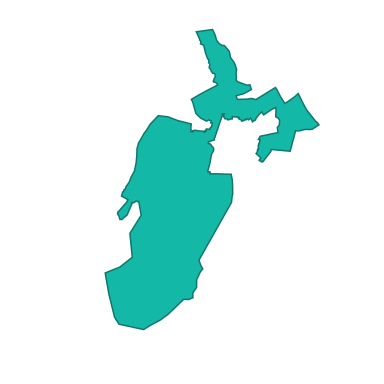 outline of Jere, Borno, Nigeria, rotated 210°
{"feature_id": "59680162B64727590098747", "entity_name": "Jere", "entity_type": "district", "adm_level": 2, "iso_a3": "NGA", "parent_name": "Nigeria", "parent_adm1": "Borno", "projection": "robinson", "projection_center": [13.17, 11.942], "detail": "fine", "context": "isolated", "style": "filled", "palette": "teal", "viewbox_px": 384, "rotation_deg": 210, "n_neighbors": 0, "source": "geoboundaries", "source_scale": "gbopen_adm2", "svg_char_len": 5968}
<svg xmlns="http://www.w3.org/2000/svg" viewBox="0 0 384 384"><g transform="rotate(210 192 192)"><path d="M155.7,257.3L155.1,257.2L154.9,257.1L153.4,256.9L152.2,256.6L150.7,256.3L149.7,255.9L149.3,255.7L149.7,254.2L149.7,253.0L148.1,252.9L146.6,252.9L146.3,254.0L145.7,253.8L145.6,254.4L145.5,255.3L145.4,256.2L145.3,257.0L145.2,257.4L145.1,258.5L145.0,259.4L144.9,259.9L144.8,260.7L144.7,261.4L144.6,262.5L144.4,263.4L144.3,264.5L144.2,265.0L144.1,265.3L144.0,265.9L144.0,266.2L144.0,266.4L144.1,266.9L144.2,267.1L144.3,267.3L144.4,267.6L144.6,268.0L144.6,268.5L144.1,268.7L143.6,268.9L136.1,272.4L131.2,274.6L127.4,276.4L128.6,281.0L129.9,285.5L131.1,290.4L132.9,296.7L129.5,298.7L126.8,301.5L124.0,303.6L121.3,304.9L119.2,306.6L115.6,313.6L117.9,314.7L120.7,315.2L133.8,320.4L141.7,325.3L149.2,330.4L150.8,325.6L152.1,322.7L153.2,320.3L155.8,315.1L162.3,318.4L170.7,323.7L172.0,324.2L182.9,304.0L187.2,302.8L191.5,299.4L191.5,299.5L199.0,294.9L202.0,297.4L196.5,302.8L191.8,310.4L195.4,313.8L197.8,312.0L207.6,310.3L209.8,311.0L210.9,313.6L213.3,316.9L214.6,320.4L218.5,323.9L218.5,324.0L220.8,325.5L225.4,327.5L226.1,328.0L229.8,332.3L230.7,332.7L237.2,335.0L239.7,333.9L243.2,334.3L246.4,335.6L250.7,339.7L255.4,343.0L268.4,332.9L261.8,328.2L261.5,327.8L261.1,327.3L260.4,327.2L259.6,326.8L259.4,326.1L259.1,325.7L258.7,324.5L255.3,325.0L255.0,324.7L250.3,319.6L245.0,315.1L244.0,315.2L243.1,314.1L242.7,313.7L242.6,313.0L242.5,312.6L242.4,312.5L242.0,312.2L241.1,311.9L240.6,311.6L240.3,311.4L240.1,310.9L239.9,310.4L239.8,310.0L239.7,309.3L239.3,308.3L238.9,307.9L238.4,307.7L237.8,307.8L237.3,307.6L236.9,307.3L236.6,307.0L236.2,306.7L235.8,306.3L235.4,305.9L234.3,305.8L233.8,305.3L233.5,305.2L233.0,305.4L232.7,305.5L231.7,305.7L231.2,305.6L230.8,305.2L230.3,304.6L229.7,303.8L229.4,303.1L229.3,302.8L229.4,302.5L229.4,302.2L229.5,301.8L229.3,300.1L229.0,298.7L228.6,298.3L228.1,298.1L226.4,298.7L225.4,298.6L224.4,298.3L223.3,297.4L229.0,288.6L234.2,280.1L238.9,271.9L236.2,270.1L231.3,265.3L227.9,262.0L221.5,260.3L214.7,260.7L213.6,262.8L212.2,262.9L211.0,263.2L210.6,262.1L210.3,261.2L208.8,261.8L208.4,261.1L208.3,260.7L208.3,260.2L208.3,259.7L207.9,259.1L207.8,258.5L207.7,257.8L208.0,257.4L208.1,257.2L208.2,256.7L208.1,256.4L208.4,256.3L208.4,256.1L208.3,255.9L208.2,255.6L208.0,255.0L208.5,254.8L209.7,254.4L210.2,254.2L210.6,253.9L211.0,253.8L210.8,253.3L210.6,252.9L210.9,252.8L211.1,252.6L211.0,252.3L210.7,251.8L210.4,251.9L210.3,251.4L210.7,251.3L212.0,251.0L211.9,250.5L211.3,250.6L211.2,250.3L211.2,250.0L212.1,249.9L212.5,249.8L213.1,249.8L213.3,249.8L213.7,249.8L214.1,249.6L214.4,249.5L214.8,249.2L215.2,249.1L216.6,248.4L217.5,248.0L219.3,247.4L220.5,246.9L220.5,246.3L221.5,245.9L221.4,245.6L221.9,245.4L221.5,244.4L222.6,244.0L223.3,243.7L223.6,244.5L223.9,245.7L224.8,246.2L226.6,250.6L240.2,246.7L250.4,245.1L259.4,241.2L262.1,229.8L262.3,223.1L262.8,218.6L262.7,212.1L262.8,207.8L261.3,202.0L258.3,196.5L254.9,189.2L252.3,181.3L252.2,174.7L251.3,169.0L251.8,164.0L251.3,160.4L252.0,160.1L251.6,158.9L251.8,157.9L252.1,157.1L251.9,156.6L251.4,155.7L251.5,154.8L251.0,153.2L243.6,153.3L243.5,150.1L245.0,143.0L245.6,139.4L246.2,137.5L245.6,135.9L244.1,135.1L242.9,134.4L241.9,133.3L240.7,132.2L240.4,132.5L240.1,132.5L239.9,132.7L239.7,132.8L238.9,133.1L238.3,135.1L238.0,136.7L237.5,137.4L236.7,139.7L238.1,151.6L238.8,152.4L238.7,153.1L238.0,152.9L237.3,153.4L236.8,154.2L236.3,155.1L235.9,156.2L235.2,156.6L234.3,156.4L233.3,157.0L224.4,146.5L225.1,125.1L211.1,105.6L216.9,91.0L226.7,78.5L213.1,62.2L196.4,44.8L189.2,41.0L165.1,48.7L161.7,55.2L155.3,65.5L151.5,74.3L145.5,95.0L141.3,97.1L138.3,100.9L140.4,104.1L140.8,106.7L140.6,108.3L140.3,111.6L144.1,118.4L144.8,126.5L144.6,128.4L144.2,130.7L147.6,132.8L151.9,136.4L152.6,202.7L155.3,208.9L155.6,210.3L158.9,216.0L161.2,219.6L163.3,222.8L166.0,225.8L167.0,227.0L169.7,225.4L171.7,224.4L180.1,219.9L185.5,216.7L185.7,217.5L186.2,218.0L186.4,218.4L187.0,218.2L187.5,217.8L187.9,217.2L188.9,218.4L191.0,226.3L193.1,231.8L194.1,235.6L193.9,237.2L193.9,238.0L194.1,239.0L194.8,240.3L195.1,240.5L195.7,241.0L196.6,241.3L198.2,241.9L199.1,242.4L200.2,242.7L200.5,242.7L201.2,242.3L201.9,242.1L202.1,242.1L202.5,243.1L202.9,243.9L202.4,244.0L202.1,244.2L201.9,244.8L201.7,245.0L201.4,245.0L201.2,245.4L201.0,245.8L200.2,246.7L198.6,248.4L199.2,248.9L199.3,249.2L199.5,251.0L199.9,252.4L200.4,255.2L200.7,256.5L200.9,257.8L201.3,259.6L201.4,260.5L202.3,264.3L203.3,269.7L203.7,272.3L203.9,273.0L204.2,273.6L204.7,274.4L205.0,274.7L204.4,275.2L203.8,275.7L203.2,275.9L202.8,273.8L202.5,273.4L202.1,273.1L201.6,272.7L201.0,272.3L200.5,272.1L200.1,271.9L199.8,271.9L199.4,272.1L198.6,272.7L198.2,272.8L197.9,272.8L197.4,272.8L197.0,272.4L195.7,273.5L195.1,274.5L194.6,274.8L193.7,275.4L194.7,277.4L193.6,277.9L192.8,278.2L192.4,278.7L191.6,278.8L191.1,279.2L190.7,279.3L190.2,279.5L190.0,280.0L189.4,280.0L189.1,280.1L188.6,280.1L188.5,279.8L188.5,278.8L187.3,278.8L186.5,278.8L185.7,278.9L184.7,279.0L184.4,278.3L183.9,278.8L182.8,279.7L182.6,280.1L182.6,280.5L182.5,281.1L182.5,281.4L182.3,281.4L181.7,281.4L181.4,281.4L181.4,282.0L181.0,282.1L180.7,283.2L180.1,283.1L179.6,283.1L178.9,282.9L178.3,284.8L178.2,285.3L176.8,284.6L174.7,283.0L174.2,284.1L173.9,284.9L173.6,285.3L173.0,286.0L173.4,287.6L173.2,289.3L172.7,292.7L171.7,296.2L168.5,294.6L166.4,299.0L164.3,303.3L163.2,304.9L161.9,307.0L160.6,305.6L157.1,299.0L154.5,299.1L152.0,298.0L149.9,293.6L150.4,290.5L147.2,286.5L149.5,284.5L160.9,274.3L160.8,272.0L160.8,270.9L160.4,271.2L160.3,271.3L160.1,271.4L159.9,271.6L159.6,271.7L159.3,270.7L159.1,270.4L158.7,270.4L158.5,270.0L158.4,269.8L158.4,269.5L158.5,269.4L158.5,268.9L158.4,268.2L158.3,267.2L158.0,267.2L157.9,265.8L157.9,265.3L157.0,264.3L156.9,263.8L156.8,263.7L156.4,262.5L156.0,262.6L155.8,262.1L155.7,261.7L156.0,261.4L156.3,261.2L156.1,260.8L155.6,259.2L155.5,258.9L155.5,258.4L155.6,258.0L155.7,257.3Z" fill="#14b8a6" stroke="#0f766e" stroke-width="1.5"/></g></svg>